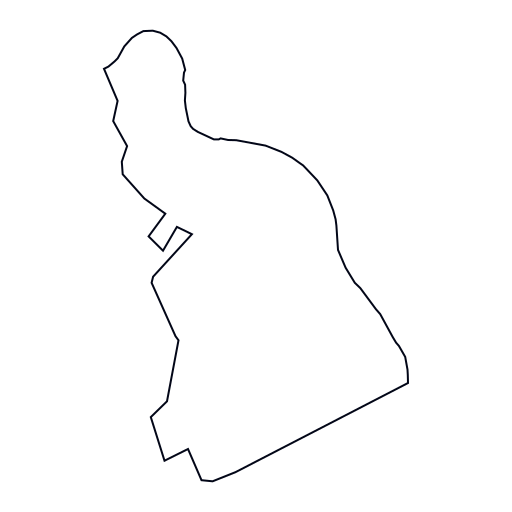 Campbell, Kentucky, United States of America
{"feature_id": "52423323B7584870852949", "entity_name": "Campbell", "entity_type": "district", "adm_level": 2, "iso_a3": "USA", "parent_name": "United States of America", "parent_adm1": "Kentucky", "projection": "mercator", "projection_center": [-84.397, 38.964], "detail": "fine", "context": "isolated", "style": "outline", "palette": "ink", "viewbox_px": 512, "rotation_deg": 0, "n_neighbors": 0, "source": "geoboundaries", "source_scale": "gbopen_adm2", "svg_char_len": 1054}
<svg xmlns="http://www.w3.org/2000/svg" viewBox="0 0 512 512"><path d="M408.0,383.0L407.8,375.0L407.5,369.6L405.2,356.9L398.9,345.9L396.1,342.7L392.8,337.2L380.2,314.1L376.0,309.3L360.3,288.1L354.8,282.8L345.6,267.7L338.0,249.9L336.4,225.6L335.6,219.3L333.2,210.4L327.3,195.4L317.3,180.4L310.4,173.1L303.1,165.4L299.9,163.2L292.2,157.7L281.5,151.9L265.5,145.6L236.2,140.2L228.1,140.0L220.6,138.4L218.8,139.4L213.9,139.4L197.8,131.9L193.1,128.9L190.7,126.2L188.5,121.4L185.8,108.2L184.9,100.5L185.4,92.9L185.1,84.7L183.2,80.6L184.0,72.6L185.2,70.0L182.2,58.6L176.5,48.0L171.4,41.2L166.4,36.4L160.2,32.7L152.8,30.7L143.4,31.1L142.6,31.5L137.1,34.4L131.9,37.9L124.3,46.4L117.7,58.3L115.3,60.7L114.6,61.4L108.4,66.6L104.0,68.8L117.6,100.9L113.2,121.1L127.1,146.1L121.8,161.7L122.7,174.3L144.3,198.5L165.3,213.7L148.6,236.4L163.0,250.7L176.9,226.9L191.9,234.2L153.1,276.7L151.6,282.8L175.5,336.2L178.5,340.3L167.0,401.3L150.8,417.1L164.5,460.7L188.0,449.0L201.5,480.2L212.6,481.3L235.6,472.1L408.0,383.0Z" fill="none" stroke="#020617" stroke-width="2"/></svg>